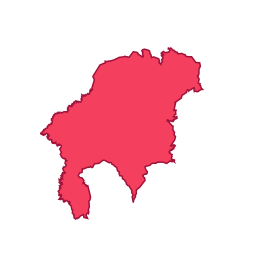 Atwima Mponua, Ashanti, Ghana, rotated 336°
{"feature_id": "2480657B25907117051030", "entity_name": "Atwima Mponua", "entity_type": "district", "adm_level": 2, "iso_a3": "GHA", "parent_name": "Ghana", "parent_adm1": "Ashanti", "projection": "mercator", "projection_center": [-2.226, 6.556], "detail": "fine", "context": "isolated", "style": "filled", "palette": "rose", "viewbox_px": 256, "rotation_deg": 336, "n_neighbors": 0, "source": "geoboundaries", "source_scale": "gbopen_adm2", "svg_char_len": 5726}
<svg xmlns="http://www.w3.org/2000/svg" viewBox="0 0 256 256"><g transform="rotate(336 128 128)"><path d="M197.4,71.5L196.9,72.2L198.0,72.9L197.9,73.9L196.5,75.1L192.8,74.5L191.6,72.5L189.0,73.0L188.7,73.5L190.2,74.8L190.2,75.7L188.1,75.2L188.2,76.7L188.8,77.2L188.3,78.5L186.6,79.3L186.4,81.6L184.9,81.9L183.9,83.3L182.9,80.7L184.2,79.7L184.1,77.1L180.4,73.5L178.2,73.2L178.8,69.9L178.4,68.8L179.1,66.6L178.1,65.1L175.1,62.7L173.2,62.4L172.0,63.1L172.6,64.8L171.9,65.1L171.2,67.1L171.4,68.4L170.4,69.2L167.3,64.7L167.5,63.7L166.9,62.5L163.8,60.5L157.8,63.8L154.0,61.1L152.9,61.2L148.8,59.9L142.8,60.1L138.0,59.4L137.3,58.8L136.0,58.9L134.3,57.7L133.8,59.2L128.1,59.0L117.3,66.3L116.8,67.1L116.9,70.3L111.5,76.6L111.0,77.4L111.3,78.3L110.0,78.8L109.4,77.5L108.3,78.6L108.7,79.4L107.8,79.5L106.4,81.3L105.8,81.3L105.3,80.2L102.0,81.3L102.1,80.5L101.5,80.9L101.1,80.0L100.3,80.6L99.4,79.0L99.2,79.8L98.5,80.2L98.6,81.4L97.8,81.6L97.5,82.6L96.9,82.5L96.7,83.5L97.2,83.7L95.5,85.1L93.5,83.6L92.8,84.2L92.5,83.1L91.8,83.4L92.1,82.9L91.4,81.9L89.1,82.7L89.2,83.5L88.6,83.8L88.5,82.9L87.5,83.8L87.6,83.3L86.5,83.3L85.4,84.8L85.6,85.4L84.9,85.4L84.8,84.6L83.6,84.3L83.8,83.7L83.4,83.6L81.8,84.5L81.6,85.4L80.9,85.3L80.2,86.8L81.0,87.3L79.0,88.8L78.3,88.0L75.8,87.1L73.3,87.3L72.9,86.3L71.3,85.8L70.9,86.4L69.7,86.1L69.2,85.8L69.5,85.4L68.0,85.8L67.4,85.1L66.5,85.9L65.6,85.8L65.4,86.9L64.1,86.8L63.1,88.8L62.0,88.4L61.2,89.8L61.7,90.9L60.7,92.4L59.7,92.3L59.5,93.5L57.2,92.7L56.8,93.7L56.0,93.3L55.0,93.7L54.5,95.2L52.9,94.9L51.4,95.6L50.9,95.1L50.2,95.4L49.8,96.5L48.6,96.2L47.2,97.5L46.2,97.2L46.0,97.9L47.4,99.7L47.6,99.2L47.9,99.8L48.1,99.3L49.0,99.4L49.3,100.4L51.3,99.7L52.3,100.7L52.6,100.4L51.9,101.7L52.8,101.9L52.6,102.8L51.8,102.8L52.4,103.2L51.3,103.5L51.3,102.9L51.2,103.9L50.5,103.6L50.4,104.4L50.9,104.4L50.5,105.3L51.6,107.2L52.7,106.9L53.5,107.6L52.6,109.7L53.6,110.6L52.9,110.7L52.8,111.2L54.2,112.0L56.1,111.6L55.6,112.5L56.0,113.2L55.7,113.9L56.1,113.5L56.3,114.0L56.0,115.4L56.4,115.7L56.7,115.2L57.1,115.8L56.9,114.9L57.6,114.7L57.6,115.3L58.0,115.2L57.7,115.6L59.6,116.2L59.8,117.2L59.3,118.2L57.1,119.3L57.3,123.1L55.5,124.4L55.6,127.5L56.5,129.6L58.2,130.3L58.4,131.1L57.7,131.5L57.8,132.2L58.7,133.1L56.8,133.5L56.0,135.0L56.6,136.7L55.3,137.7L53.7,137.9L53.6,137.4L52.0,138.3L51.7,140.6L52.4,143.3L52.1,143.8L50.1,142.2L49.7,142.9L50.3,143.2L49.8,143.6L49.0,143.2L48.4,144.0L48.7,144.4L47.9,144.4L48.4,144.9L47.8,145.2L48.4,145.5L48.3,146.0L47.4,145.3L46.5,145.9L46.3,146.5L47.1,147.6L46.6,147.4L46.5,148.1L45.5,148.1L45.8,147.6L44.9,147.8L44.2,146.9L43.9,148.2L44.3,148.6L43.3,149.4L43.9,149.6L43.8,150.3L44.3,150.2L43.5,150.7L44.1,151.2L44.4,150.7L44.3,151.6L45.1,150.8L45.6,151.1L44.9,152.1L44.3,151.9L44.9,152.6L43.8,152.7L43.9,152.1L43.1,153.1L42.1,152.6L42.6,153.3L41.9,153.1L42.1,153.8L41.2,154.7L41.9,155.4L41.0,155.4L40.9,155.0L40.8,155.8L41.1,155.9L40.4,156.7L38.6,157.3L38.7,159.6L37.9,160.6L38.3,161.1L37.6,161.6L38.3,162.0L39.8,161.7L39.8,162.8L37.2,164.2L37.4,165.3L36.8,164.8L36.0,165.1L37.3,165.9L38.2,165.2L38.2,165.8L39.6,166.1L39.2,169.4L39.8,169.6L40.0,168.2L40.8,168.4L40.9,169.4L42.7,169.4L43.2,171.1L44.2,171.3L43.6,172.3L44.7,172.1L44.6,172.8L45.1,173.1L43.8,173.0L43.4,174.0L44.4,175.8L43.5,179.8L44.1,180.4L42.5,183.1L43.4,185.3L42.7,185.9L42.9,186.8L42.2,188.0L43.1,189.9L44.0,189.5L45.2,190.2L45.8,189.6L46.6,190.0L48.7,189.0L52.0,188.9L51.4,191.8L54.3,194.1L54.2,190.4L55.7,189.3L56.9,190.3L57.7,189.5L57.7,188.0L58.3,188.0L58.5,186.6L60.6,184.3L62.5,179.0L63.9,178.3L65.7,175.9L67.8,164.4L66.1,164.1L66.7,163.2L65.8,162.2L65.4,160.8L65.8,160.4L64.5,160.3L66.4,157.9L65.7,154.9L63.8,153.6L63.1,151.4L65.4,149.4L67.9,149.9L69.8,146.6L70.4,147.3L74.4,147.4L77.0,148.2L77.9,147.7L78.7,149.3L79.6,149.6L82.8,147.1L87.1,148.5L91.9,147.3L93.4,147.9L96.6,152.0L98.7,152.9L98.7,154.8L99.8,155.7L100.1,157.2L101.6,159.5L101.0,162.9L102.1,164.3L101.4,165.7L101.1,168.3L102.8,169.2L103.0,170.4L102.3,172.0L103.5,173.7L104.1,176.9L103.8,178.5L104.3,180.2L105.3,181.2L105.9,185.3L105.9,187.3L105.1,188.7L105.6,190.9L103.9,192.4L102.5,198.3L104.0,195.9L107.0,193.7L107.2,192.4L108.6,191.7L110.5,188.0L115.0,186.7L122.3,182.7L122.9,180.2L122.1,179.1L122.2,177.5L124.5,176.8L125.6,177.6L127.0,177.2L127.9,175.7L127.3,173.5L127.6,170.6L128.2,170.2L132.9,171.0L134.9,170.1L136.7,170.4L139.2,171.6L141.0,171.2L146.1,173.4L148.8,176.1L152.7,175.3L154.8,176.8L155.9,176.8L156.5,177.8L156.5,176.6L157.4,176.3L157.3,175.9L154.9,174.8L155.5,174.1L155.4,173.2L156.6,171.9L156.5,171.3L157.5,170.3L156.4,168.7L156.3,167.2L155.8,167.3L156.2,166.2L157.2,166.1L157.8,165.3L158.7,166.1L159.7,165.8L159.7,165.2L161.3,165.5L161.2,164.5L161.7,164.3L161.5,164.9L164.0,163.4L163.2,162.0L160.7,162.2L159.8,161.7L165.8,157.9L167.9,155.2L167.3,152.7L168.7,151.1L168.3,147.9L169.9,144.6L169.2,143.8L167.3,137.8L166.7,137.6L167.3,136.7L168.3,137.6L168.3,138.8L169.5,138.7L171.6,140.4L172.7,140.0L172.2,139.0L176.7,139.1L177.2,137.4L175.0,137.4L174.1,136.1L175.5,135.8L175.9,134.9L177.3,134.9L178.1,132.4L179.2,131.4L178.8,130.9L177.1,130.6L181.7,124.4L181.4,123.8L188.8,122.4L190.6,120.2L195.9,119.3L197.3,117.4L198.2,117.6L198.5,119.0L199.4,118.3L200.8,118.6L204.6,117.9L204.8,118.9L203.8,119.8L203.4,121.7L204.9,121.8L205.5,122.7L206.7,123.2L210.3,122.5L211.8,123.1L211.1,121.1L211.5,119.1L211.0,118.3L211.9,117.0L210.5,115.5L212.8,112.4L212.9,109.8L212.4,109.4L212.7,108.7L213.8,108.5L214.8,107.4L216.7,103.2L219.2,101.0L220.0,97.5L216.6,95.8L215.1,88.8L211.1,86.9L209.9,85.5L210.0,84.1L209.0,83.7L207.4,81.7L203.9,80.7L203.5,80.0L203.9,79.6L203.7,78.7L202.1,77.6L202.3,77.2L201.4,76.4L201.6,75.7L200.2,74.6L200.2,73.1L199.3,72.2L197.9,72.4L197.4,71.5Z" fill="#f43f5e" stroke="#9f1239" stroke-width="1.5"/></g></svg>